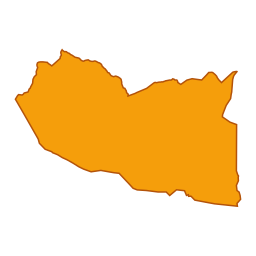 San Bernardo Mixtepec, Oaxaca, Mexico
{"feature_id": "50627088B25547762924420", "entity_name": "San Bernardo Mixtepec", "entity_type": "district", "adm_level": 2, "iso_a3": "MEX", "parent_name": "Mexico", "parent_adm1": "Oaxaca", "projection": "robinson", "projection_center": [-96.925, 16.845], "detail": "fine", "context": "isolated", "style": "filled", "palette": "amber", "viewbox_px": 256, "rotation_deg": 0, "n_neighbors": 0, "source": "geoboundaries", "source_scale": "gbopen_adm2", "svg_char_len": 2675}
<svg xmlns="http://www.w3.org/2000/svg" viewBox="0 0 256 256"><path d="M237.4,71.1L236.8,71.6L236.0,71.5L235.2,71.6L233.8,71.9L232.8,72.2L221.5,82.6L218.6,79.6L217.3,77.7L217.0,77.2L216.8,76.4L215.2,74.6L212.8,72.6L211.9,72.3L208.7,72.5L206.5,75.0L201.7,80.0L196.4,79.3L192.1,78.7L186.9,80.1L180.8,84.4L177.8,82.5L177.7,81.6L177.1,80.3L176.7,80.0L176.1,80.0L175.2,80.0L174.6,79.8L174.4,79.4L174.0,79.3L172.8,78.8L172.7,78.8L171.7,79.8L170.7,80.1L169.9,80.0L165.3,80.9L164.7,81.3L163.7,81.5L162.9,81.9L161.4,81.9L160.8,82.0L160.0,82.2L159.4,82.1L159.1,82.1L156.4,82.7L155.3,82.4L155.0,82.4L153.9,82.9L146.6,88.4L136.4,92.7L135.4,93.3L128.0,96.0L128.2,94.5L128.0,94.0L127.8,93.7L126.8,92.9L126.5,92.3L126.3,90.9L124.8,88.3L123.3,87.9L121.7,83.9L121.7,82.1L121.1,79.4L120.6,78.7L119.0,77.5L118.1,77.0L117.7,76.7L117.0,76.6L116.2,76.2L115.4,76.1L113.7,76.7L113.4,76.6L112.0,76.1L111.2,75.7L110.9,75.5L109.8,73.9L109.1,72.9L107.7,72.5L106.6,70.6L106.4,70.3L106.0,70.1L105.6,69.4L105.3,69.0L104.1,68.2L103.2,67.1L102.5,66.7L102.3,66.4L102.0,65.7L101.4,64.3L101.0,64.0L99.7,63.0L99.2,62.8L98.3,62.6L96.4,61.5L95.1,61.0L94.3,61.0L93.5,61.3L93.1,61.4L92.6,61.4L91.1,61.3L89.6,60.8L88.4,59.9L88.0,59.9L87.1,60.0L85.2,60.4L84.4,60.7L83.8,61.2L82.5,61.0L81.4,60.4L80.3,59.5L79.8,58.7L78.9,58.1L75.0,57.2L74.6,57.0L73.7,56.3L71.7,55.0L70.8,54.7L70.3,54.3L69.4,53.4L68.4,53.1L67.8,52.8L67.3,52.5L66.3,51.7L65.7,51.6L64.4,51.7L62.9,50.6L62.4,50.2L62.1,49.8L61.9,50.1L61.6,50.5L61.4,51.0L61.1,51.5L60.9,52.0L60.8,52.6L60.9,53.2L61.0,53.8L61.2,54.3L61.3,54.8L61.3,55.3L60.3,56.8L60.1,58.5L51.8,65.9L49.9,64.5L48.3,63.5L47.4,62.4L43.1,61.9L40.5,61.9L39.5,62.0L38.6,62.2L37.6,62.8L37.3,63.2L37.2,63.8L36.9,64.9L37.1,66.1L37.7,67.5L36.2,71.6L36.4,74.7L34.3,76.7L33.0,79.3L32.6,83.3L30.8,86.6L30.1,88.3L29.2,89.0L28.2,91.7L28.0,92.0L24.2,93.0L23.1,94.4L22.1,95.0L18.6,94.6L17.6,95.6L15.4,99.2L24.7,115.3L38.2,139.0L39.4,143.3L42.0,146.0L45.2,149.3L51.7,151.7L52.6,152.7L54.9,153.6L57.6,154.7L59.4,155.8L62.3,157.6L67.1,159.8L72.8,163.0L78.7,166.7L83.6,169.1L91.1,171.8L100.8,170.4L109.2,171.9L113.8,172.7L119.1,173.3L130.1,185.0L133.1,188.3L137.2,189.9L146.3,190.5L158.2,192.0L166.2,192.0L169.7,195.5L176.5,189.8L184.5,190.7L186.5,195.4L188.4,194.7L188.6,196.3L188.9,196.3L191.0,196.2L194.8,200.1L205.8,202.2L214.5,203.8L237.4,206.2L237.0,203.4L240.6,199.3L240.1,195.5L239.1,192.1L237.0,190.5L236.4,185.4L238.4,180.7L238.2,177.3L238.5,176.0L237.8,175.0L236.4,170.9L236.6,124.6L229.9,122.1L222.4,116.9L222.6,114.6L225.6,106.9L226.2,105.4L230.6,98.6L231.2,94.3L231.7,92.1L231.8,90.6L232.7,79.4L233.0,78.4L233.5,76.5L234.1,75.2L237.4,71.1Z" fill="#f59e0b" stroke="#b45309" stroke-width="1.5"/></svg>